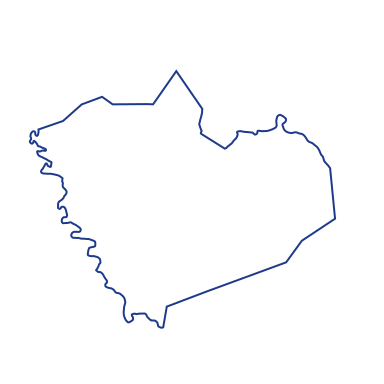 Villanueva, Cortés, Honduras, rotated 252°
{"feature_id": "27666195B71161947465594", "entity_name": "Villanueva", "entity_type": "district", "adm_level": 2, "iso_a3": "HND", "parent_name": "Honduras", "parent_adm1": "Cortés", "projection": "orthographic", "projection_center": [-88.036, 15.321], "detail": "fine", "context": "isolated", "style": "outline", "palette": "blue", "viewbox_px": 384, "rotation_deg": 252, "n_neighbors": 0, "source": "geoboundaries", "source_scale": "gbopen_adm2", "svg_char_len": 5761}
<svg xmlns="http://www.w3.org/2000/svg" viewBox="0 0 384 384"><g transform="rotate(252 192 192)"><path d="M72.2,122.8L90.8,132.6L92.9,176.6L96.0,259.8L111.7,281.4L122.4,319.8L171.9,330.7L174.8,329.8L178.9,327.9L180.4,327.4L180.9,327.3L185.0,327.4L185.8,327.1L187.0,326.6L187.8,326.3L191.0,326.0L193.0,325.8L194.4,325.4L195.6,325.1L196.9,324.4L199.3,322.8L201.0,321.8L201.8,321.0L202.9,319.6L203.8,318.7L204.6,318.1L205.8,317.7L208.9,316.9L210.4,316.4L211.4,315.9L213.1,314.7L213.8,313.5L214.4,312.3L216.0,310.4L216.7,309.2L217.0,308.2L217.1,306.2L217.3,305.0L217.5,304.3L217.9,303.5L218.6,302.4L219.3,301.3L220.4,300.3L221.3,299.6L222.5,299.1L223.7,298.8L226.5,298.7L227.4,298.7L227.9,298.8L228.4,299.1L228.7,299.4L229.1,300.4L229.7,302.1L230.2,302.8L230.6,303.2L231.4,303.6L232.0,303.8L232.5,303.9L233.0,303.8L233.6,303.5L236.2,301.8L237.6,300.3L238.0,299.9L238.2,299.5L238.2,298.5L238.0,297.5L237.6,296.7L237.0,296.1L235.6,295.2L233.6,294.1L230.0,293.3L229.1,293.1L228.5,292.6L227.9,292.1L227.5,291.5L227.3,290.9L226.8,288.0L226.7,284.1L226.8,282.7L227.1,281.0L227.7,279.4L227.9,278.2L228.4,277.0L229.7,274.2L229.8,273.7L229.8,273.4L229.5,273.1L229.1,272.8L228.2,272.5L227.8,272.2L227.5,271.8L227.1,271.0L227.1,269.7L227.9,269.0L229.5,268.2L229.9,267.7L232.3,262.2L232.8,260.9L233.6,259.2L234.4,258.0L234.8,257.1L235.2,255.8L235.4,254.3L235.2,253.6L234.8,253.3L234.2,253.2L233.2,253.3L232.3,253.1L230.6,251.8L229.5,250.6L228.1,247.8L225.9,244.7L225.3,242.9L224.7,241.5L224.4,240.3L223.2,238.1L223.1,236.6L244.5,218.7L245.3,218.6L245.8,218.9L247.1,220.0L249.5,219.8L254.2,219.8L254.7,220.0L255.3,220.5L257.9,222.0L261.1,224.2L262.8,225.1L263.7,225.8L264.8,226.3L266.8,226.9L267.7,227.5L311.8,214.4L287.4,182.1L289.5,176.4L299.9,143.6L310.3,135.9L309.4,114.2L299.4,91.3L298.9,65.3L297.0,64.8L295.3,64.0L293.8,63.0L293.5,62.6L293.3,62.2L293.4,61.7L293.7,61.3L294.1,61.1L294.8,60.9L295.5,60.8L297.1,61.3L298.0,61.1L298.4,60.7L298.7,60.2L298.8,59.7L298.8,59.2L298.6,58.7L298.3,58.2L297.5,57.0L297.3,56.8L296.1,56.1L295.1,55.6L294.2,55.5L293.1,55.6L292.2,55.4L291.7,55.0L290.8,53.9L290.2,53.4L289.5,53.3L288.7,53.6L288.1,53.9L287.7,54.3L287.4,54.9L287.5,55.4L287.8,56.0L288.3,56.5L289.0,56.8L289.4,57.1L289.4,57.5L289.3,57.8L287.9,58.6L286.4,59.2L285.7,59.4L283.7,59.7L283.2,59.8L282.9,60.2L282.2,61.6L280.7,62.9L279.0,65.1L278.3,65.7L277.9,66.1L277.4,66.2L276.9,66.1L276.6,65.7L276.5,65.2L277.5,63.0L277.7,61.7L277.5,60.5L277.5,59.9L277.9,59.1L278.5,58.1L278.5,57.7L278.4,57.4L278.1,57.1L276.3,57.0L275.4,57.1L274.7,57.3L274.0,57.6L273.4,58.0L272.7,58.8L271.4,60.2L267.8,63.9L266.2,65.1L264.1,67.3L263.6,67.5L263.2,67.4L261.3,66.4L260.0,65.8L259.7,65.5L259.6,65.2L259.7,64.8L259.9,64.5L261.5,63.0L264.0,62.6L264.2,62.2L264.2,61.6L263.0,60.2L262.3,59.6L261.7,58.8L260.5,57.6L259.9,56.8L259.4,55.8L259.0,55.4L258.5,55.0L258.0,54.7L257.5,54.7L257.0,54.8L256.6,55.0L256.3,55.3L255.6,56.3L254.5,59.0L253.7,61.0L253.3,62.5L252.7,63.9L250.9,67.1L249.2,69.8L248.7,70.4L247.8,71.2L245.5,72.9L245.1,73.1L244.8,73.0L243.4,72.3L242.4,71.9L242.0,71.8L240.9,72.0L240.3,71.9L238.2,71.0L237.1,70.8L236.5,70.8L233.3,72.4L231.9,72.8L231.1,72.8L229.6,72.2L229.3,71.9L228.9,71.5L227.6,69.4L226.1,67.9L225.4,66.9L224.7,65.3L224.0,62.8L223.7,62.3L223.5,62.0L222.8,61.4L222.1,61.0L220.7,60.5L219.6,60.2L218.7,59.8L218.3,59.7L217.9,59.9L217.2,60.4L216.9,60.7L216.9,61.4L217.0,62.0L217.9,62.9L218.1,63.3L218.1,63.7L218.0,64.3L217.8,64.9L217.5,65.4L216.9,65.9L215.8,66.3L215.0,66.4L214.1,66.5L208.6,66.1L207.8,65.6L207.3,65.2L207.0,64.8L207.1,64.3L207.6,62.2L207.4,61.4L207.0,60.7L206.3,59.9L205.4,59.4L204.4,59.1L203.5,59.0L202.9,59.2L202.5,59.4L202.3,59.6L202.1,59.9L201.5,62.4L200.9,64.6L200.9,66.3L200.7,67.1L200.5,67.5L200.1,68.0L199.2,68.5L196.8,71.1L193.1,73.9L192.5,74.2L191.9,74.5L191.4,74.6L190.9,74.6L189.9,74.2L189.3,73.7L188.9,72.8L189.1,71.9L190.2,68.7L190.5,67.9L190.5,67.2L190.5,66.6L190.3,65.9L190.0,65.3L189.6,64.8L189.0,64.3L188.5,63.9L187.9,63.7L187.3,63.7L186.8,63.7L186.2,64.0L185.7,64.3L185.3,64.7L185.0,65.2L184.7,66.3L184.0,67.8L183.7,69.0L183.4,69.8L183.0,70.5L182.2,71.7L181.8,72.4L180.9,75.0L180.0,77.0L179.4,78.6L179.2,79.2L178.6,80.1L176.5,82.8L175.4,84.0L174.8,84.4L174.1,84.4L172.5,84.0L171.3,83.6L170.6,83.2L170.4,82.9L170.3,82.2L170.3,81.2L170.6,79.2L170.6,77.8L170.6,77.3L170.4,76.8L170.1,76.5L169.3,75.9L167.8,75.0L165.6,73.9L164.8,73.6L164.3,73.6L164.0,73.6L163.7,73.8L162.4,75.7L162.0,76.6L161.7,77.7L161.4,78.8L159.7,81.4L159.2,82.0L158.8,82.5L157.5,83.3L156.8,83.6L156.1,83.7L154.8,83.5L153.5,83.2L153.0,83.0L152.5,82.4L152.1,81.6L151.8,81.2L150.2,80.0L148.9,78.7L148.2,78.0L147.9,77.3L147.2,76.7L146.8,76.9L146.2,77.2L145.2,77.8L144.8,78.4L144.5,79.4L144.3,79.8L143.3,80.9L142.7,81.2L141.3,81.8L137.6,82.5L134.1,83.6L133.3,83.6L132.8,83.5L132.2,83.2L131.4,81.5L130.6,80.9L130.1,80.7L129.7,80.6L129.3,80.6L128.8,80.7L128.5,80.9L128.0,81.3L127.0,82.5L125.7,84.6L125.2,85.6L124.8,86.0L123.4,87.2L120.0,88.4L119.3,89.3L118.2,91.3L117.5,92.1L115.8,93.2L115.0,93.7L113.6,94.4L112.5,94.7L111.2,94.9L109.1,94.7L107.4,94.4L104.6,92.5L103.8,92.0L101.4,91.0L101.0,90.8L100.0,90.3L98.5,89.8L97.6,89.5L95.6,89.1L94.4,89.1L92.2,89.2L91.0,89.4L90.4,89.6L89.1,90.1L88.3,90.5L87.9,90.9L87.6,91.4L87.6,92.0L87.7,93.3L88.4,95.8L88.7,96.2L89.0,96.5L89.4,96.7L89.9,96.9L91.6,97.0L92.7,96.7L93.2,96.6L93.6,96.7L93.9,96.9L94.1,97.1L94.2,97.5L94.2,98.0L94.2,98.7L94.1,99.5L93.8,100.3L93.2,101.2L92.9,101.9L92.8,102.5L92.8,103.6L92.6,104.3L91.0,109.6L90.6,110.0L89.7,110.4L89.2,110.7L88.1,110.7L86.9,111.0L86.3,111.2L83.8,112.5L83.4,112.8L82.5,113.5L82.6,113.8L82.1,114.5L81.3,116.8L80.2,117.8L79.0,118.5L78.4,118.6L77.1,118.6L75.2,118.4L74.8,118.5L74.4,118.6L73.2,119.8L72.6,120.6L72.4,121.0L72.2,121.7L72.2,122.8Z" fill="none" stroke="#1e3a8a" stroke-width="2"/></g></svg>